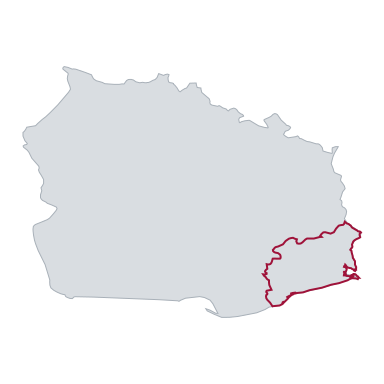 location of West Pomeranian within Poland, rotated 180°
{"feature_id": "POL-3142", "entity_name": "West Pomeranian", "entity_type": "Voivodeship", "adm_level": 1, "iso_a3": "POL", "parent_name": "Poland", "parent_adm1": "", "projection": "natural_earth1", "projection_center": [15.248, 53.587], "detail": "fine", "context": "in_parent", "style": "outline", "palette": "rose", "viewbox_px": 384, "rotation_deg": 180, "n_neighbors": 0, "source": "natural_earth", "source_scale": "10m", "svg_char_len": 6927}
<svg xmlns="http://www.w3.org/2000/svg" viewBox="0 0 384 384"><g transform="rotate(180 192 192)"><path d="M342.8,208.8L344.7,211.8L345.5,214.1L344.8,216.0L345.2,217.8L352.2,225.8L355.0,231.6L356.7,233.8L360.5,236.8L360.9,238.0L359.5,239.1L357.3,239.5L356.7,240.5L359.1,243.3L361.0,247.9L361.0,251.6L359.7,252.6L358.2,254.8L357.2,256.8L348.4,258.3L346.3,260.5L341.6,264.7L338.4,267.1L333.7,271.5L326.2,279.1L315.4,291.8L313.5,294.8L314.0,297.2L316.2,302.9L316.7,305.4L316.4,307.8L315.8,309.9L316.0,310.8L321.0,314.8L321.2,315.6L320.8,316.6L319.8,317.4L316.0,316.6L311.8,314.9L310.4,315.1L308.2,314.8L298.8,311.6L292.5,309.2L291.8,307.6L290.5,305.2L287.8,303.3L281.7,301.6L279.2,300.3L269.3,299.6L265.0,299.6L262.0,300.1L260.0,300.0L257.4,303.5L255.6,304.5L252.9,304.6L250.6,304.0L248.1,302.2L244.2,301.2L241.4,301.7L239.4,301.3L237.6,301.2L237.0,301.5L235.6,301.5L233.5,302.3L231.3,303.6L228.8,304.5L226.9,306.5L225.3,310.4L220.4,308.6L218.8,309.4L216.6,309.9L215.0,309.4L215.3,308.0L216.0,306.5L215.9,304.4L215.4,302.1L213.9,301.3L211.7,301.0L210.5,300.5L210.4,299.8L209.2,298.8L207.1,296.3L205.2,293.1L203.9,292.2L202.0,293.7L199.2,295.4L197.4,296.0L194.1,300.8L187.9,301.0L187.5,298.7L186.8,296.5L183.1,296.0L183.0,294.7L182.2,291.5L174.8,285.2L173.9,282.6L174.2,281.6L173.7,279.9L172.1,278.9L166.3,277.7L164.9,278.4L163.5,277.7L161.4,276.2L157.8,275.0L157.4,274.4L156.1,273.3L155.4,273.1L154.9,273.8L153.9,274.7L150.2,275.9L148.7,275.4L147.3,274.4L145.8,272.2L143.5,270.3L141.7,269.6L140.6,268.6L140.4,267.8L144.4,266.3L145.3,264.6L144.7,261.7L144.1,261.3L142.5,262.3L139.1,263.2L136.0,263.6L134.4,263.6L125.4,258.2L119.6,256.6L116.1,256.1L115.8,256.7L117.3,259.7L120.0,263.4L119.9,264.4L114.9,266.6L112.8,267.8L111.0,269.6L109.4,270.4L108.0,270.2L106.6,269.4L102.8,263.9L98.2,259.7L97.6,258.7L96.1,258.5L94.1,257.5L93.4,256.3L94.4,254.9L95.8,253.7L98.3,252.9L99.1,252.2L99.5,251.1L100.5,249.7L100.2,249.2L98.4,247.7L95.8,246.2L88.4,247.3L86.4,248.1L85.3,247.1L84.4,245.5L82.6,245.3L80.0,243.9L77.0,242.5L74.1,242.1L68.0,240.2L65.6,240.1L64.3,239.4L62.9,237.9L61.7,236.3L61.0,233.0L56.5,231.6L52.1,230.6L51.7,231.1L51.9,234.4L51.7,236.2L48.7,237.3L45.8,237.4L46.0,236.8L49.5,230.9L51.1,227.1L52.8,220.3L50.7,214.9L50.1,212.4L49.1,211.2L43.0,208.6L42.5,207.7L43.5,204.1L43.0,202.6L41.6,201.0L39.6,197.9L38.9,195.3L41.4,192.1L43.1,186.7L44.0,184.5L42.4,183.3L42.0,181.6L42.4,179.1L41.6,177.3L39.4,176.1L38.0,174.5L37.4,172.5L37.9,169.5L39.6,165.3L36.1,160.2L27.4,154.4L23.2,150.2L23.6,147.9L25.4,145.8L28.7,143.9L31.3,140.5L32.7,136.5L32.8,132.9L29.0,121.2L28.4,118.3L27.7,113.8L35.3,116.3L38.5,117.6L38.1,116.1L37.5,114.7L37.9,112.8L37.7,109.8L30.8,108.3L26.3,107.8L25.8,105.7L26.2,104.4L27.5,105.2L32.0,105.5L43.0,101.5L62.0,96.3L82.3,91.4L87.0,90.9L91.8,89.9L93.5,88.1L95.3,86.8L98.0,83.6L104.1,78.7L114.9,76.9L118.9,74.5L127.3,71.2L146.4,67.5L154.4,66.7L162.3,66.6L169.3,69.5L176.8,73.1L178.2,75.3L174.1,73.9L168.2,70.7L166.1,70.6L171.2,80.4L174.0,83.9L179.6,86.5L184.3,87.4L198.5,85.8L203.5,83.7L205.0,82.7L206.3,83.2L225.0,84.3L290.1,86.9L308.8,87.3L309.9,87.1L311.7,85.4L314.1,85.6L316.8,86.6L318.2,87.4L318.7,88.3L319.1,89.3L320.6,89.5L323.4,90.3L327.2,92.0L330.2,93.7L333.1,96.1L334.1,98.9L334.3,102.0L334.2,104.0L338.9,119.4L345.8,133.4L348.4,140.2L349.5,143.8L350.5,149.1L350.9,152.8L351.0,154.9L350.6,157.7L348.8,159.4L336.8,164.3L334.5,165.8L331.1,169.6L327.9,173.5L327.2,174.8L327.0,175.7L327.8,177.0L332.2,179.0L336.7,180.7L338.2,182.0L341.5,183.6L342.8,185.0L343.5,186.3L343.5,189.2L342.2,193.2L343.0,196.2L341.6,198.3L340.4,200.5L340.4,204.5L342.8,208.8Z" fill="#d9dde1" stroke="#a8b0b8" stroke-width="1"/><path d="M39.2,162.3L37.3,160.6L35.3,160.0L34.3,159.0L33.7,158.8L33.3,158.5L32.2,156.7L31.7,156.3L28.1,154.2L27.2,153.8L26.1,152.8L25.4,152.6L24.7,152.6L24.0,152.4L23.4,152.0L23.0,151.4L23.9,150.8L24.3,150.3L24.4,149.5L24.4,149.0L24.0,147.4L23.8,147.0L23.8,146.7L25.4,145.8L27.4,145.0L29.4,143.8L30.4,142.9L30.9,142.2L31.0,141.8L32.0,139.4L31.9,138.8L31.7,138.1L31.6,137.5L31.7,136.9L31.9,136.4L32.3,136.0L32.6,135.8L32.9,135.5L33.7,134.2L33.3,133.9L33.2,133.7L32.7,133.3L32.5,133.1L32.4,132.7L32.4,131.9L32.3,131.5L32.1,130.7L31.4,128.2L31.1,126.0L30.4,125.1L30.0,124.2L29.2,123.2L29.0,122.4L29.0,121.4L29.0,119.8L29.0,119.4L28.3,117.8L27.8,116.9L27.9,116.3L27.9,115.1L28.2,115.0L28.8,114.8L29.3,114.5L29.3,114.2L28.7,113.9L29.1,113.7L29.1,113.4L28.7,113.3L28.9,113.0L29.3,113.2L29.7,113.4L30.1,113.6L30.5,114.4L31.0,114.7L31.9,115.0L32.6,115.6L32.9,115.8L34.4,116.0L36.2,116.5L36.8,116.9L37.3,117.4L38.4,119.0L38.8,119.4L39.0,118.6L39.1,118.2L39.4,117.9L39.9,117.7L39.8,117.3L39.9,117.1L39.5,117.0L38.7,116.9L38.3,116.8L37.3,114.9L37.5,113.9L38.3,112.1L38.7,112.3L39.0,112.3L39.4,112.1L39.9,112.1L39.7,111.0L39.8,110.2L40.0,109.4L40.1,108.6L39.9,108.6L39.8,109.1L39.6,109.4L38.8,110.0L39.0,110.3L38.7,110.2L38.4,110.1L38.1,109.8L38.3,109.6L38.6,109.3L38.8,109.2L38.3,108.4L37.5,108.1L33.8,107.8L33.3,107.4L33.7,106.5L33.6,106.4L33.2,106.7L32.9,106.7L32.7,106.6L32.3,106.5L32.0,106.6L31.8,106.8L31.5,107.1L31.2,107.4L32.2,107.5L32.8,107.7L33.1,108.0L33.0,108.5L32.6,108.9L32.2,109.0L31.9,108.9L31.0,109.3L30.6,109.4L30.1,109.5L30.1,109.8L30.5,109.9L30.5,110.0L30.1,110.0L29.8,110.0L29.2,109.8L28.8,109.8L28.3,109.5L26.7,107.7L25.9,107.4L25.6,106.8L25.0,106.2L25.3,106.2L25.6,106.0L26.2,104.9L26.7,105.1L27.1,105.3L28.1,105.6L31.4,105.8L32.7,105.6L34.0,105.1L36.4,103.7L45.2,100.8L52.8,99.3L62.0,96.3L68.0,95.1L74.5,93.8L81.0,91.6L86.3,91.1L90.0,90.2L89.6,90.5L87.9,91.0L88.6,91.4L91.6,91.0L91.6,90.8L91.3,90.8L91.3,90.5L92.9,90.5L92.9,90.3L92.9,90.2L92.7,90.2L92.7,89.5L92.0,89.5L90.2,89.9L91.3,89.5L92.7,88.8L94.7,87.0L94.3,87.6L93.6,88.2L93.3,88.5L93.6,88.4L94.2,88.3L94.7,88.2L95.2,87.8L96.3,87.3L96.8,87.0L96.4,86.4L95.7,86.3L95.4,86.6L94.9,87.0L96.3,85.2L100.1,81.5L100.0,82.1L100.3,82.2L100.8,82.1L101.3,81.7L101.5,81.1L101.3,81.0L100.8,81.1L100.3,81.5L101.0,80.4L102.2,79.6L104.4,78.5L111.3,77.8L111.5,77.7L111.6,77.8L113.9,81.3L116.7,84.2L117.7,85.8L118.0,87.8L117.7,89.0L116.8,89.6L116.6,90.4L116.9,91.0L117.6,91.7L117.7,92.7L117.2,93.3L112.5,94.2L114.7,99.0L115.0,101.4L115.0,103.7L116.4,104.5L117.2,105.2L118.5,107.2L119.5,107.8L120.2,108.6L120.9,109.7L119.0,109.5L117.4,110.1L117.4,110.9L118.1,111.1L118.7,111.9L119.0,112.8L118.1,114.1L116.7,115.2L117.3,119.8L116.0,119.5L114.8,119.6L113.6,120.0L112.7,121.1L112.1,122.5L111.3,125.3L110.3,125.4L104.1,125.3L103.4,126.1L103.4,127.8L103.9,129.3L106.0,130.9L108.6,131.4L109.8,131.9L110.9,132.9L111.1,134.1L110.1,135.1L109.3,136.2L108.3,136.9L105.9,137.5L101.0,139.7L98.4,143.0L95.1,145.3L93.1,145.9L91.0,146.2L89.0,145.2L87.1,144.7L87.7,142.7L86.8,140.6L85.1,140.3L83.3,140.5L81.6,141.6L78.6,144.5L76.9,145.5L70.0,145.5L64.3,147.0L62.4,147.1L63.1,147.8L64.0,147.9L62.7,149.8L60.7,151.6L58.9,151.8L53.4,150.4L50.1,151.8L47.9,155.4L45.3,158.3L43.6,158.8L40.8,159.2L40.0,160.0L39.2,162.3Z" fill="none" stroke="#9f1239" stroke-width="2"/></g></svg>